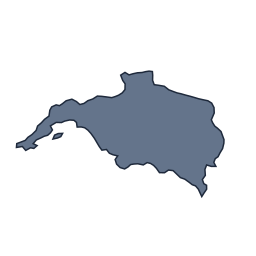 the district of Porto Belo, Santa Catarina, Brazil, rotated 203°
{"feature_id": "56859067B90050633059685", "entity_name": "Porto Belo", "entity_type": "district", "adm_level": 2, "iso_a3": "BRA", "parent_name": "Brazil", "parent_adm1": "Santa Catarina", "projection": "mercator", "projection_center": [-48.598, -27.169], "detail": "fine", "context": "isolated", "style": "filled", "palette": "slate", "viewbox_px": 256, "rotation_deg": 203, "n_neighbors": 0, "source": "geoboundaries", "source_scale": "gbopen_adm2", "svg_char_len": 1848}
<svg xmlns="http://www.w3.org/2000/svg" viewBox="0 0 256 256"><g transform="rotate(203 128 128)"><path d="M224.3,70.2L223.1,66.5L218.0,69.7L213.4,67.4L210.0,71.7L206.7,72.4L204.8,76.3L209.2,76.5L207.7,81.2L204.2,85.0L201.9,87.7L199.1,89.9L197.5,93.3L196.8,96.7L200.3,99.6L196.3,105.1L191.4,107.0L189.0,109.6L184.8,112.6L180.8,114.0L177.6,113.0L175.2,109.0L171.4,110.7L168.0,111.3L164.1,110.4L160.0,108.5L154.9,105.4L151.0,102.5L147.2,99.7L143.4,97.4L139.4,99.8L135.3,97.5L131.3,97.5L126.6,98.3L127.5,93.9L124.4,90.3L119.8,88.5L115.1,89.0L112.8,92.1L111.3,95.4L108.4,97.2L105.0,98.9L99.5,100.0L96.9,103.6L93.4,104.2L89.8,103.6L86.1,102.0L81.6,99.2L76.9,101.1L74.3,105.1L69.8,106.4L64.6,104.4L60.4,102.8L55.8,103.1L50.8,102.0L46.7,100.9L43.2,101.1L39.4,99.2L33.3,93.7L32.6,98.0L31.7,102.4L33.3,106.0L36.5,106.4L39.4,109.6L38.3,114.6L41.0,119.9L41.2,124.7L36.3,125.2L32.1,127.0L35.6,129.9L35.7,133.9L33.9,136.7L33.6,141.0L32.9,146.0L33.8,151.4L35.1,154.8L38.0,157.9L41.0,161.1L45.6,162.8L48.8,163.6L52.0,165.8L54.5,168.1L54.5,175.5L56.8,180.4L60.7,183.6L65.1,184.3L69.1,183.5L74.5,182.5L79.9,181.9L83.8,181.4L87.8,180.8L92.7,180.2L96.4,179.5L99.8,179.3L105.4,179.1L110.9,180.6L116.5,179.3L120.8,178.1L124.0,181.5L125.9,186.3L127.6,189.5L130.8,188.6L133.6,186.9L136.7,184.6L140.9,182.5L144.6,179.9L147.8,177.3L152.5,178.0L155.4,173.8L151.4,169.7L147.9,167.5L145.8,162.2L147.0,158.1L149.5,154.5L152.0,152.0L154.8,149.6L159.9,148.2L164.5,146.9L168.7,145.4L171.8,140.9L175.6,137.5L178.1,133.4L181.5,130.8L185.8,132.2L190.9,132.6L195.6,128.9L197.8,124.8L199.8,121.8L203.2,121.2L206.5,117.6L206.9,113.8L205.4,108.1L208.2,103.4L209.8,98.9L212.0,94.5L211.6,89.9L213.8,84.5L216.5,80.3L217.7,76.5L221.4,72.9L224.3,70.2ZM190.1,95.6L192.8,92.8L192.8,88.5L188.9,91.3L186.5,93.8L186.1,97.5L190.1,95.6Z" fill="#64748b" stroke="#1e293b" stroke-width="1.5"/></g></svg>